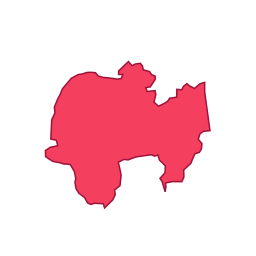 outline of Ivorá, Rio Grande do Sul, Brazil, rotated 39°
{"feature_id": "56859067B71259707194731", "entity_name": "Ivorá", "entity_type": "district", "adm_level": 2, "iso_a3": "BRA", "parent_name": "Brazil", "parent_adm1": "Rio Grande do Sul", "projection": "robinson", "projection_center": [-53.578, -29.511], "detail": "fine", "context": "isolated", "style": "filled", "palette": "rose", "viewbox_px": 256, "rotation_deg": 39, "n_neighbors": 0, "source": "geoboundaries", "source_scale": "gbopen_adm2", "svg_char_len": 1450}
<svg xmlns="http://www.w3.org/2000/svg" viewBox="0 0 256 256"><g transform="rotate(39 128 128)"><path d="M203.6,135.8L202.4,131.1L197.7,125.5L199.1,115.9L197.8,111.8L196.2,105.9L198.8,102.0L198.2,98.0L195.3,93.6L189.7,92.5L187.6,87.4L188.7,83.1L193.4,78.5L166.9,53.6L164.3,51.0L158.9,44.3L156.1,48.3L154.7,55.5L148.8,56.6L145.9,56.4L144.9,60.6L145.7,64.5L141.6,67.2L146.4,73.4L141.6,78.7L142.0,82.3L140.6,86.2L138.0,91.9L131.9,91.5L128.6,84.5L125.5,81.9L119.9,87.6L116.4,85.4L119.4,82.1L118.6,73.2L116.5,70.6L112.7,71.7L109.2,70.6L103.2,73.2L100.1,70.6L96.8,70.0L93.4,73.7L92.0,77.0L86.5,76.1L84.8,89.6L87.0,92.3L90.3,89.7L91.6,93.8L88.9,96.8L83.2,100.1L76.6,104.4L72.1,106.3L67.9,105.5L63.9,108.2L60.8,111.0L58.8,114.4L55.8,117.6L52.7,124.8L52.5,132.7L52.4,138.9L54.0,143.9L55.1,149.7L57.6,158.1L61.7,162.2L63.6,169.7L75.0,185.2L80.0,182.6L84.6,186.0L79.8,191.8L78.0,197.5L82.0,202.1L86.9,201.7L91.0,201.1L96.2,198.2L100.9,196.3L103.4,194.3L106.3,192.8L113.8,195.6L119.3,200.2L121.0,203.7L125.9,207.9L130.8,209.6L138.2,209.4L143.8,211.7L147.2,210.8L149.4,207.5L156.5,202.4L160.1,204.9L161.4,193.5L160.1,188.0L156.6,184.5L158.1,177.9L152.3,169.0L149.4,166.5L142.0,160.7L144.6,155.0L148.2,152.7L151.0,147.7L153.4,144.4L160.5,136.7L163.0,134.1L166.4,133.1L168.3,130.2L172.5,133.1L180.8,133.9L184.9,139.4L184.6,147.1L188.1,148.1L197.0,154.2L194.3,149.5L191.7,147.2L196.4,141.6L203.6,135.8Z" fill="#f43f5e" stroke="#9f1239" stroke-width="1.5"/></g></svg>